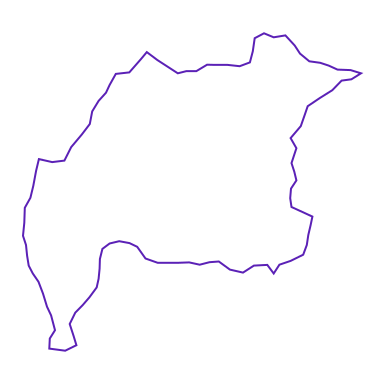 Queimados, Rio de Janeiro, Brazil (Natural Earth projection)
{"feature_id": "56859067B76635524318289", "entity_name": "Queimados", "entity_type": "district", "adm_level": 2, "iso_a3": "BRA", "parent_name": "Brazil", "parent_adm1": "Rio de Janeiro", "projection": "natural_earth1", "projection_center": [-43.584, -22.731], "detail": "fine", "context": "isolated", "style": "outline", "palette": "violet", "viewbox_px": 384, "rotation_deg": 0, "n_neighbors": 0, "source": "geoboundaries", "source_scale": "gbopen_adm2", "svg_char_len": 1318}
<svg xmlns="http://www.w3.org/2000/svg" viewBox="0 0 384 384"><path d="M38.9,159.1L36.1,170.8L33.3,185.8L30.4,197.8L24.8,207.8L24.3,222.8L23.0,235.8L26.0,245.0L27.1,255.7L28.7,265.6L32.8,273.5L38.5,281.8L43.0,293.6L47.0,306.7L51.1,315.4L55.0,330.2L49.8,338.5L49.3,348.6L65.2,350.7L76.4,345.2L73.6,336.0L69.7,324.0L75.3,312.6L82.6,305.2L89.5,297.2L96.7,287.4L98.6,278.8L99.6,268.6L99.9,259.0L102.4,248.9L109.6,243.5L119.2,241.2L129.5,243.1L137.2,246.8L145.5,258.5L157.7,262.8L168.7,262.8L178.0,262.8L189.2,262.4L199.7,264.7L209.5,262.2L218.8,261.5L229.9,269.6L243.0,272.6L253.9,265.6L267.3,264.9L273.7,273.5L279.4,264.7L290.6,260.9L303.2,254.7L306.8,245.0L308.3,235.0L310.6,225.2L312.4,216.6L291.5,207.0L290.2,198.2L291.0,188.6L296.4,180.4L294.3,171.7L291.5,163.1L296.4,148.2L290.6,138.1L300.8,126.1L304.9,114.4L307.7,106.2L319.7,98.1L332.3,90.2L341.6,80.6L351.4,79.3L361.0,73.3L350.6,70.1L337.5,69.6L328.7,65.6L320.2,62.8L309.3,61.3L300.0,53.6L294.7,45.5L285.4,35.4L273.7,37.3L264.0,33.3L254.7,38.2L252.8,51.3L249.9,62.4L239.7,66.2L227.7,64.9L215.1,64.9L207.1,64.7L196.4,71.1L186.5,71.1L177.8,73.3L157.3,60.0L146.8,52.1L140.7,59.4L129.3,72.4L115.8,73.9L109.6,85.0L106.0,92.7L98.6,100.9L92.2,111.4L89.8,124.0L81.8,134.5L71.2,147.1L64.4,160.6L52.2,162.1L38.9,159.1Z" fill="none" stroke="#5b21b6" stroke-width="2"/></svg>